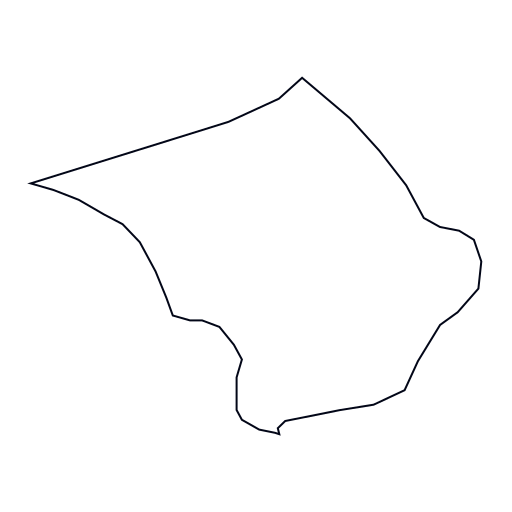 the Municipality of Tearce
{"feature_id": "MKD-2957", "entity_name": "Tearce", "entity_type": "Municipality", "adm_level": 1, "iso_a3": "MKD", "parent_name": "North Macedonia", "parent_adm1": "", "projection": "robinson", "projection_center": [21.028, 42.087], "detail": "fine", "context": "isolated", "style": "outline", "palette": "ink", "viewbox_px": 512, "rotation_deg": 0, "n_neighbors": 0, "source": "natural_earth", "source_scale": "10m", "svg_char_len": 638}
<svg xmlns="http://www.w3.org/2000/svg" viewBox="0 0 512 512"><path d="M171.5,139.6L228.6,121.8L278.9,98.7L302.1,77.8L350.0,118.3L379.5,150.9L406.2,185.3L423.8,218.0L440.0,227.0L459.1,230.7L473.9,239.8L481.3,261.5L478.4,288.6L457.7,312.2L440.1,324.9L417.9,361.2L404.6,390.2L373.6,404.7L339.8,410.1L285.2,421.0L277.8,428.2L279.3,434.2L275.0,432.8L259.2,429.6L241.9,419.8L236.6,410.0L236.6,392.1L236.6,377.4L241.9,359.5L233.9,344.8L219.4,326.9L202.1,320.4L190.0,320.4L172.8,315.5L166.3,297.6L155.6,271.5L139.8,242.2L122.6,224.2L103.9,214.4L78.7,199.8L53.5,190.0L30.7,183.4L171.5,139.6Z" fill="none" stroke="#020617" stroke-width="2"/></svg>